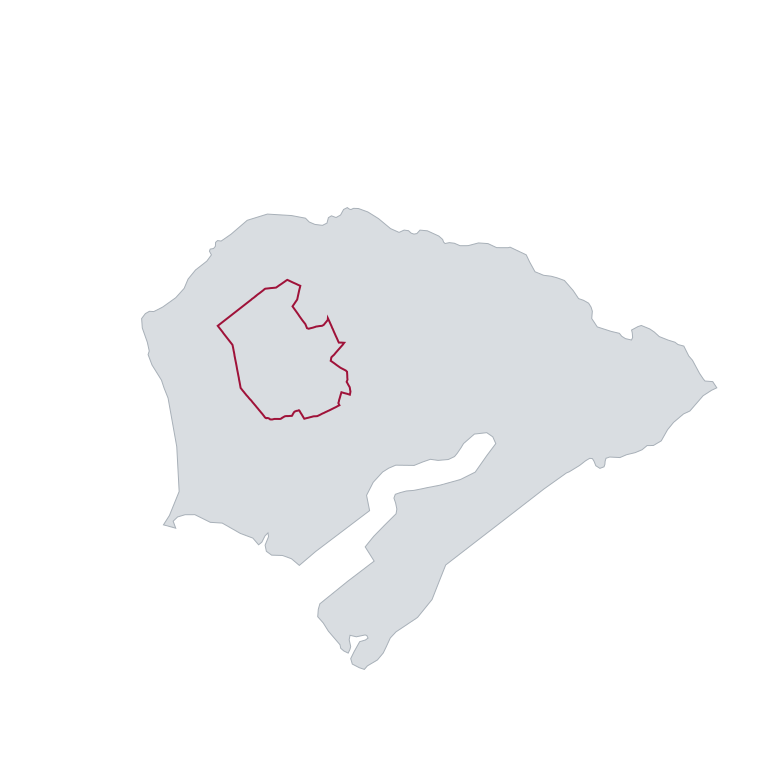 location of Linguere, Louga, Senegal, rotated 322°
{"feature_id": "50182788B14678638932037", "entity_name": "Linguere", "entity_type": "district", "adm_level": 2, "iso_a3": "SEN", "parent_name": "Senegal", "parent_adm1": "Louga", "projection": "natural_earth1", "projection_center": [-15.296, 15.307], "detail": "fine", "context": "in_parent", "style": "outline", "palette": "rose", "viewbox_px": 768, "rotation_deg": 322, "n_neighbors": 0, "source": "geoboundaries", "source_scale": "gbopen_adm2", "svg_char_len": 8340}
<svg xmlns="http://www.w3.org/2000/svg" viewBox="0 0 768 768"><g transform="rotate(322 384 384)"><path d="M567.6,353.8L575.6,369.8L573.9,377.4L572.1,388.5L576.7,396.6L582.0,401.9L585.7,406.8L589.9,413.5L590.6,426.8L589.9,436.5L592.7,440.8L595.0,446.3L594.5,450.9L593.0,454.9L588.0,460.3L587.2,470.3L595.4,482.4L600.7,489.0L600.7,492.7L602.2,496.9L606.1,501.7L608.5,500.5L611.1,496.6L612.3,493.9L619.4,495.1L622.8,496.3L627.3,504.2L629.0,509.5L630.1,516.1L634.9,524.3L639.0,530.2L639.9,533.8L643.6,538.7L641.4,549.6L641.7,555.2L639.2,569.8L638.7,576.7L638.8,579.3L644.5,584.5L643.9,591.9L638.2,590.6L628.3,589.7L608.4,593.6L601.6,592.0L588.6,592.5L579.3,594.6L567.5,599.5L558.4,598.3L553.4,594.5L546.9,594.7L539.6,592.7L531.7,589.1L524.6,587.2L516.9,580.5L513.2,579.2L510.7,581.0L508.6,583.3L506.4,584.7L502.2,583.4L500.6,578.8L501.9,574.4L502.3,571.1L500.3,569.2L495.6,568.6L488.0,568.6L475.8,567.2L473.0,566.4L445.5,565.2L417.1,565.1L393.0,565.0L362.6,564.8L341.2,564.7L321.2,564.6L305.8,573.6L289.2,583.4L266.7,588.6L240.9,586.7L232.6,588.0L224.1,592.4L217.8,595.5L208.9,597.4L197.4,595.9L192.8,596.8L189.9,592.4L186.6,585.2L188.7,579.9L195.7,576.5L206.2,572.1L211.8,574.3L215.0,574.4L215.6,571.6L214.6,570.1L206.6,566.2L202.5,561.1L199.1,564.1L196.1,570.4L193.7,572.2L190.1,574.0L188.0,569.7L187.2,565.6L188.8,562.4L188.0,544.5L189.0,534.9L188.5,526.6L193.5,521.1L198.2,517.7L216.7,517.4L233.8,517.1L250.4,517.3L267.2,517.5L268.9,500.8L274.2,499.5L282.2,497.7L297.0,495.7L313.6,493.7L317.1,490.5L319.9,484.9L321.6,480.0L325.0,477.9L329.7,479.5L335.8,482.1L342.0,486.2L349.3,489.9L354.1,492.2L365.6,498.1L385.4,506.3L401.6,509.6L421.3,503.6L435.4,499.8L437.2,492.6L435.0,485.6L424.4,479.1L410.0,479.9L405.6,481.6L399.0,483.7L394.9,484.6L388.2,483.1L379.6,477.5L374.2,471.9L366.6,469.3L357.6,466.7L343.3,455.2L335.8,453.2L328.7,452.5L315.0,454.8L301.7,461.0L294.7,474.9L281.4,474.7L253.1,474.3L227.1,473.9L205.6,474.8L203.5,464.7L198.4,456.6L190.1,449.7L188.3,443.4L191.1,437.8L199.1,433.2L200.9,429.9L196.8,430.4L190.4,433.4L186.2,433.5L185.8,424.7L178.8,413.3L170.9,394.0L162.0,386.1L154.5,370.5L146.7,364.5L139.5,361.7L133.4,362.3L131.1,369.4L123.5,359.2L134.0,355.5L156.4,342.6L182.1,305.8L205.2,262.1L208.2,251.8L211.0,244.0L212.9,226.2L216.2,215.6L219.3,213.5L223.2,205.4L228.0,191.1L233.3,183.2L239.3,181.6L243.9,182.3L247.2,185.2L256.9,187.1L273.0,187.8L285.4,185.6L294.2,180.7L305.7,178.1L320.0,178.1L327.5,176.0L328.2,171.9L330.1,170.7L333.1,172.3L335.9,171.7L338.5,168.7L341.1,168.5L343.7,171.1L355.7,171.8L377.0,170.8L396.7,178.3L414.8,194.3L424.2,205.0L424.8,210.3L427.8,215.7L433.2,221.1L438.1,222.1L442.6,218.7L446.1,219.1L448.7,223.3L453.8,224.1L459.6,221.6L463.7,222.4L464.4,224.9L465.4,226.2L468.1,226.8L471.9,230.0L477.2,238.5L481.5,250.3L484.8,265.5L489.2,273.8L494.6,275.1L497.7,278.3L498.3,281.9L499.9,284.3L502.5,285.7L507.1,284.9L512.5,290.0L518.3,301.2L519.2,306.2L518.3,308.9L518.6,310.9L522.5,312.8L526.1,316.4L529.1,321.9L535.5,326.8L545.3,331.0L552.4,337.4L556.7,345.9L565.7,353.0L567.6,353.8Z" fill="#d9dde1" stroke="#a8b0b8" stroke-width="1"/><path d="M288.8,243.1L288.8,243.9L288.7,245.1L288.7,246.6L288.7,249.3L288.7,252.0L288.7,254.7L288.7,257.4L288.7,259.1L288.7,259.4L288.7,259.7L288.7,259.8L288.6,260.1L287.7,261.9L287.3,262.8L287.1,263.1L287.0,263.3L286.6,264.1L285.8,265.6L285.5,266.3L284.4,268.4L283.4,270.1L283.2,270.6L282.9,271.1L282.7,271.6L282.3,272.3L281.5,273.9L280.1,276.7L278.7,279.4L277.3,282.0L277.2,282.2L275.8,285.0L274.4,287.7L273.6,289.3L273.5,289.5L273.3,290.0L272.9,290.5L272.4,291.5L271.5,293.3L270.1,296.0L268.6,298.8L268.6,300.0L268.6,301.3L268.6,302.5L268.7,304.6L268.6,305.5L268.7,305.8L268.7,306.5L268.7,306.9L268.7,308.0L268.8,309.2L268.9,310.5L268.9,310.9L268.9,311.9L269.0,313.5L269.2,315.2L269.2,316.1L269.2,317.7L269.2,317.9L269.3,319.2L269.3,320.3L269.4,322.1L269.4,323.1L269.4,323.7L269.5,325.6L269.5,327.4L269.6,329.3L269.6,330.8L269.7,332.2L269.7,333.2L269.7,334.2L269.7,335.2L269.7,336.1L269.6,336.7L269.7,337.4L269.9,338.0L270.1,338.1L270.2,338.5L270.6,338.7L270.9,338.8L271.0,338.9L271.2,339.0L271.4,339.2L271.6,339.4L271.7,339.7L271.8,339.9L272.0,340.1L272.1,340.3L272.2,340.5L272.3,340.7L272.4,340.9L272.4,341.3L272.5,341.6L272.5,341.8L272.7,342.0L272.9,342.2L273.1,342.4L273.5,342.7L273.7,342.8L273.9,343.0L274.2,343.2L274.5,343.3L274.9,343.5L275.6,343.8L276.0,344.0L276.5,344.3L276.7,344.5L277.2,344.9L277.5,345.1L278.1,345.6L278.5,345.9L279.0,346.3L279.7,346.9L280.1,347.2L280.7,347.6L280.9,347.7L281.2,347.8L281.4,347.9L281.5,347.9L281.9,347.9L282.0,347.9L282.2,348.0L282.4,348.0L282.7,347.9L282.9,347.9L283.1,348.0L283.3,348.1L283.6,348.1L283.8,348.1L284.0,348.1L284.3,348.1L284.7,348.2L284.9,348.2L285.2,348.3L285.4,348.3L285.8,348.4L286.0,348.4L286.2,348.5L286.3,348.6L286.5,348.7L286.8,348.8L287.1,349.0L287.3,349.2L287.5,349.3L287.8,349.5L288.1,349.8L288.3,350.0L288.6,350.1L288.8,350.3L289.2,350.6L289.6,350.8L289.8,351.0L290.1,351.2L290.4,351.4L290.7,351.6L291.0,351.8L291.3,352.0L291.6,352.3L291.8,352.4L292.0,352.4L292.4,352.2L292.5,352.2L292.8,352.0L293.1,351.9L293.4,351.7L293.7,351.6L294.0,351.5L294.2,351.4L294.4,351.4L294.6,351.3L294.8,351.2L295.0,351.1L295.4,350.9L295.5,350.9L295.9,350.8L296.1,350.8L296.3,350.8L296.6,350.8L296.8,350.8L297.0,350.9L297.3,350.9L297.5,351.0L297.9,351.1L298.1,351.2L298.4,351.3L298.7,351.4L298.9,351.5L299.1,351.7L299.4,351.8L299.7,352.0L300.1,352.2L300.3,352.2L300.5,352.3L300.8,352.3L300.9,352.5L300.9,353.0L300.9,353.5L300.8,354.0L300.7,354.2L300.7,354.7L300.6,355.1L300.6,355.4L300.5,355.9L300.5,356.3L300.5,356.6L300.4,357.0L300.4,357.4L300.3,358.0L300.3,358.4L300.2,358.9L300.1,359.4L300.1,359.9L300.0,360.2L299.8,362.3L301.7,363.1L303.4,363.9L305.1,364.6L306.9,365.4L308.6,366.1L310.1,367.2L311.6,368.2L312.4,368.4L313.7,368.7L315.1,369.0L316.4,369.2L317.8,369.5L318.8,369.8L319.9,370.0L320.9,370.2L322.0,370.5L323.1,370.7L324.2,371.0L326.1,371.4L327.6,371.7L329.1,372.0L330.6,372.3L331.3,372.5L331.9,372.6L333.2,372.8L334.5,373.0L335.8,373.3L336.3,370.9L337.8,369.9L338.5,369.2L340.8,367.6L343.1,365.9L345.4,364.3L347.1,366.7L348.9,369.0L350.5,371.4L351.7,370.4L353.0,369.2L353.6,367.9L354.3,366.7L355.0,365.4L355.2,363.9L355.4,362.4L355.7,360.8L355.9,359.3L357.9,358.1L359.0,356.4L360.2,354.8L361.3,353.2L362.4,351.6L362.2,349.9L361.4,348.1L360.5,346.2L359.7,344.4L359.0,342.1L358.3,339.8L357.7,337.5L357.0,335.2L356.3,332.9L356.6,332.7L358.9,330.6L360.2,330.4L361.5,330.3L362.8,330.2L364.9,329.7L367.0,329.3L369.1,328.9L371.2,328.5L373.3,328.1L375.5,327.7L376.3,327.5L377.2,327.2L378.0,327.0L376.1,325.3L373.9,323.6L374.3,321.7L374.6,320.7L375.3,317.8L375.6,316.4L376.0,314.9L376.7,312.0L377.5,309.1L377.6,308.5L377.7,307.9L378.2,306.3L378.9,303.4L379.6,300.6L379.8,299.6L380.1,298.5L380.3,297.6L379.1,298.9L377.8,299.2L376.5,299.5L375.1,299.8L372.9,300.3L371.0,300.0L368.8,298.6L366.8,297.5L365.8,296.9L364.7,296.6L363.7,296.2L362.6,295.8L360.2,294.7L358.7,294.1L357.7,292.6L357.8,292.2L358.1,291.2L358.5,289.8L358.9,288.4L358.9,286.7L358.9,285.0L358.9,283.3L359.0,280.9L359.1,278.5L359.3,276.1L359.4,273.7L359.5,271.3L359.6,268.9L359.7,266.5L361.3,266.0L362.9,265.5L364.4,265.0L366.0,264.5L367.6,264.0L369.4,262.5L371.2,261.0L373.0,259.5L374.8,258.0L376.1,257.0L377.3,256.1L378.5,255.1L377.7,253.7L376.3,250.9L374.8,248.1L373.4,245.3L372.7,243.9L371.9,242.4L371.2,242.3L369.6,242.2L368.4,242.2L367.4,242.1L365.2,242.0L363.8,241.9L363.5,241.9L363.4,241.9L362.9,241.8L360.6,241.7L358.4,241.6L357.7,241.2L357.2,240.9L356.1,240.2L353.8,238.7L351.5,237.3L349.1,235.8L348.2,235.7L347.9,235.7L346.9,235.8L344.6,235.8L342.3,235.8L340.0,235.7L339.1,235.7L338.2,235.7L337.3,235.7L337.2,235.7L337.2,235.8L336.4,235.8L335.1,235.8L333.9,235.8L332.6,235.7L331.3,235.8L330.0,235.8L328.7,235.8L327.9,235.8L327.4,235.8L326.8,235.8L326.1,235.8L325.4,235.8L324.8,235.8L323.9,235.8L323.5,235.8L322.3,235.8L321.0,235.8L319.7,235.8L318.4,235.8L317.1,235.8L315.8,235.8L314.5,235.8L313.2,235.8L311.9,235.8L310.6,235.8L309.4,235.8L308.1,235.8L306.8,235.8L305.5,235.8L304.2,235.8L302.9,235.8L301.6,235.8L300.7,235.8L299.0,235.8L297.7,235.8L296.5,235.8L295.2,235.8L293.9,235.8L292.6,235.8L291.3,235.8L290.0,235.8L288.8,235.8L288.8,236.0L288.8,237.1L288.8,237.8L288.8,238.3L288.8,238.7L288.8,239.1L288.8,239.6L288.8,240.1L288.8,241.0L288.8,241.7L288.8,242.4L288.8,243.1Z" fill="none" stroke="#9f1239" stroke-width="2"/></g></svg>